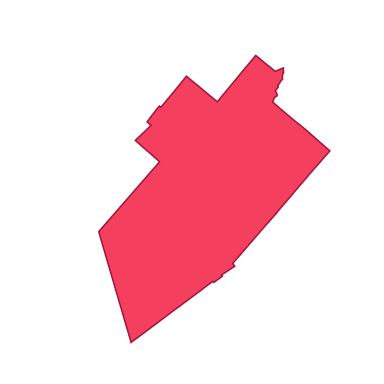 the district of Presidente Roque Sáenz Peña, Córdoba, Argentina, rotated 131°
{"feature_id": "61730980B59546711189461", "entity_name": "Presidente Roque Sáenz Peña", "entity_type": "district", "adm_level": 2, "iso_a3": "ARG", "parent_name": "Argentina", "parent_adm1": "Córdoba", "projection": "robinson", "projection_center": [-63.913, -34.182], "detail": "fine", "context": "isolated", "style": "filled", "palette": "rose", "viewbox_px": 384, "rotation_deg": 131, "n_neighbors": 0, "source": "geoboundaries", "source_scale": "gbopen_adm2", "svg_char_len": 3389}
<svg xmlns="http://www.w3.org/2000/svg" viewBox="0 0 384 384"><g transform="rotate(131 192 192)"><path d="M70.5,114.9L70.5,117.9L70.5,120.6L70.5,122.5L70.5,128.6L70.4,136.5L70.4,140.9L70.4,148.8L70.5,152.5L70.6,156.6L70.8,156.5L70.9,160.0L71.1,171.6L71.2,179.9L71.2,183.0L71.2,186.1L71.1,190.2L70.8,190.3L70.6,190.3L70.4,190.4L70.1,190.5L69.9,190.5L69.6,190.6L69.3,190.7L69.2,190.8L68.9,190.9L68.6,191.0L68.3,191.1L68.1,191.2L67.9,191.3L67.5,191.5L67.4,191.6L67.1,191.6L66.9,191.6L66.7,191.6L66.4,191.7L66.1,191.6L65.9,191.6L65.6,191.5L65.4,191.5L65.2,191.4L64.9,191.3L64.7,191.2L64.3,191.0L64.2,190.9L63.8,190.9L63.6,191.0L63.4,191.1L63.1,191.2L62.9,191.2L62.8,191.3L62.7,191.3L62.6,191.6L62.5,191.9L62.4,192.1L62.3,192.3L62.2,192.5L61.9,192.9L61.8,193.2L61.7,193.3L61.6,193.5L61.5,194.0L61.4,194.2L61.3,194.4L61.2,194.6L61.2,194.8L61.0,195.0L60.8,195.3L60.7,195.6L60.4,195.6L60.2,195.6L59.8,195.6L59.6,195.6L59.4,195.6L59.2,195.6L58.8,195.6L58.6,195.6L58.4,195.6L58.2,195.6L57.8,195.6L57.5,195.6L57.3,195.6L57.1,195.6L56.9,195.6L56.7,195.6L56.3,195.8L56.2,195.9L56.0,196.0L55.9,196.2L55.7,196.3L55.6,196.5L55.4,196.6L55.3,196.8L55.1,196.9L55.0,197.1L54.8,197.2L54.7,197.4L54.4,197.3L54.3,197.2L54.1,197.2L53.8,197.2L53.6,197.2L53.5,197.3L53.3,197.4L53.1,197.3L52.8,197.2L52.5,197.2L52.3,197.2L52.1,197.2L51.8,197.3L51.6,197.5L51.4,197.6L51.0,197.7L50.7,197.7L50.4,197.7L50.2,197.7L49.8,197.7L49.6,197.7L49.4,197.7L49.2,197.7L48.8,197.7L48.6,197.7L48.4,197.7L48.2,197.7L47.8,197.7L47.6,197.7L47.4,197.7L47.3,197.9L47.1,198.0L46.8,198.3L46.7,198.4L46.5,198.6L46.4,198.7L46.3,198.8L46.1,199.0L45.8,199.3L45.6,199.4L45.4,199.6L45.2,199.8L44.8,200.0L44.6,200.1L44.4,200.2L44.2,200.3L44.0,200.5L43.8,200.6L43.6,200.7L43.4,200.9L43.2,201.0L42.8,201.1L42.7,201.1L42.3,200.9L42.2,200.9L42.0,201.0L41.9,201.2L41.7,201.3L41.5,201.6L41.3,201.7L41.2,201.9L41.0,202.0L40.9,202.1L40.8,202.3L40.6,202.4L40.4,202.6L40.1,202.9L40.0,203.0L39.8,203.2L39.8,203.3L39.6,203.4L39.5,203.6L39.3,203.7L39.1,203.9L39.0,204.0L38.8,204.2L38.7,204.4L38.5,204.5L40.2,205.4L41.2,205.9L43.8,207.1L46.4,208.5L46.5,209.2L46.5,211.4L46.5,213.5L46.9,223.5L46.9,226.7L46.9,228.5L47.1,233.5L59.6,233.2L67.1,233.1L70.9,233.0L73.5,232.9L76.7,232.8L82.4,232.7L87.2,232.6L92.0,232.5L94.6,232.4L100.7,232.3L101.8,232.3L107.3,232.1L107.6,244.2L107.8,256.1L108.1,264.9L108.2,268.9L108.2,272.1L110.2,272.1L128.3,271.5L133.4,271.4L143.1,271.2L148.5,271.1L148.5,273.0L152.6,273.0L158.8,272.6L168.6,271.9L168.6,267.5L168.6,266.9L168.5,266.7L177.8,267.4L181.1,267.8L184.2,268.0L184.4,268.2L185.0,268.2L188.7,268.5L190.1,268.6L190.3,268.6L190.3,268.0L190.4,236.6L190.4,236.3L283.1,236.4L333.5,158.0L338.8,149.7L344.0,141.6L345.5,139.3L345.4,139.3L337.0,137.4L322.7,134.3L297.2,128.8L296.4,128.7L296.0,128.6L291.4,127.6L289.4,127.1L268.3,122.5L266.0,122.0L261.1,120.9L257.4,120.2L245.7,117.7L245.8,116.8L245.9,116.1L243.3,115.6L235.6,113.8L235.3,115.3L225.7,112.6L219.9,111.0L219.2,114.4L207.3,114.4L174.5,114.5L171.0,114.5L165.6,114.5L165.6,114.4L154.7,114.4L152.3,114.3L152.3,114.5L145.2,114.6L143.3,114.6L141.9,114.6L140.5,114.6L138.0,114.6L132.8,114.7L129.3,114.7L127.5,114.7L125.2,114.8L122.5,114.8L119.8,114.8L117.2,114.9L114.7,114.9L112.0,114.9L111.6,114.9L106.8,114.9L102.7,115.0L101.6,115.0L96.9,115.0L91.3,115.0L90.9,114.9L86.1,114.9L80.9,115.0L76.0,114.9L70.5,114.9Z" fill="#f43f5e" stroke="#9f1239" stroke-width="1.5"/></g></svg>